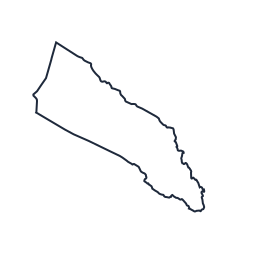 Hilmand, Equal Earth projection, rotated 112°
{"feature_id": "AFG-1750", "entity_name": "Hilmand", "entity_type": "Province", "adm_level": 1, "iso_a3": "AFG", "parent_name": "Afghanistan", "parent_adm1": "", "projection": "equal_earth", "projection_center": [64.341, 31.376], "detail": "fine", "context": "isolated", "style": "outline", "palette": "slate", "viewbox_px": 256, "rotation_deg": 112, "n_neighbors": 0, "source": "natural_earth", "source_scale": "10m", "svg_char_len": 5324}
<svg xmlns="http://www.w3.org/2000/svg" viewBox="0 0 256 256"><g transform="rotate(112 128 128)"><path d="M148.1,219.0L147.3,219.0L137.0,222.5L135.6,223.3L134.7,224.7L133.4,227.8L132.3,228.3L128.0,226.1L120.9,224.6L112.5,222.7L106.7,223.3L104.8,223.5L103.0,223.7L101.1,223.9L99.2,224.1L97.3,224.3L95.5,224.5L93.6,224.7L91.7,225.0L89.8,225.2L88.0,225.4L86.1,225.6L84.2,225.8L82.3,226.0L80.5,226.2L78.6,226.4L76.7,226.6L75.6,226.7L80.3,201.8L80.4,199.6L80.2,197.2L80.2,196.8L80.4,196.3L81.4,194.7L81.6,194.1L81.8,193.4L82.1,189.7L82.0,187.2L82.1,186.7L82.4,186.3L82.6,186.1L82.9,186.0L83.2,185.9L83.6,185.8L84.0,185.7L85.3,184.8L86.8,183.1L88.0,181.4L89.6,178.5L90.5,176.4L91.1,174.9L91.5,173.9L92.0,173.2L94.0,171.5L94.6,170.8L94.8,170.2L94.8,169.7L94.7,169.3L94.6,168.9L94.4,168.6L93.8,167.8L93.6,167.4L93.5,167.1L93.4,166.2L94.3,164.6L94.4,164.4L94.3,164.1L93.8,163.7L93.5,163.5L93.3,162.9L93.3,162.5L93.5,162.1L93.9,161.7L95.2,159.7L95.5,159.3L95.9,158.9L96.6,158.5L96.9,158.2L97.1,157.9L97.1,157.4L96.7,154.9L96.7,151.5L96.6,149.6L97.1,149.0L98.6,148.2L99.1,147.8L99.7,147.1L100.1,146.6L100.4,145.6L102.0,142.2L102.3,141.7L102.7,141.4L103.5,141.0L104.2,140.1L104.3,139.3L104.3,138.8L104.5,134.4L104.5,133.8L104.4,133.4L104.2,133.1L103.8,132.3L103.2,130.4L103.3,129.6L104.2,128.4L104.6,127.5L104.7,122.2L106.8,105.8L107.6,103.0L109.2,101.6L109.6,101.1L110.2,100.1L111.6,96.9L111.8,96.2L111.8,95.6L111.6,94.5L111.6,94.1L111.7,93.8L112.2,93.2L112.8,92.4L112.9,92.0L112.9,91.7L112.4,91.1L112.3,90.9L112.3,90.6L112.3,90.4L112.2,90.1L112.1,89.9L111.8,89.3L111.8,89.2L111.8,88.9L111.8,88.5L111.6,87.7L111.5,86.0L112.4,85.1L115.3,83.5L116.0,83.1L116.4,82.6L118.5,80.2L118.9,80.0L119.2,79.9L119.4,79.9L120.3,79.6L120.6,79.5L120.9,79.5L122.1,79.9L122.7,79.8L122.9,79.7L123.0,79.4L123.0,79.0L123.1,78.7L123.2,78.4L123.4,78.2L126.1,75.7L126.4,75.5L126.6,75.5L126.9,75.9L127.2,76.0L127.4,75.9L127.6,75.7L127.8,75.3L128.1,74.9L128.6,74.4L129.2,74.0L129.7,73.7L130.0,73.4L130.1,73.0L130.1,72.6L129.9,72.1L129.8,71.6L129.6,71.3L129.3,70.8L129.2,70.6L129.1,70.4L129.1,69.2L129.1,68.2L129.2,67.9L129.4,67.7L129.7,67.3L130.0,67.2L130.3,67.1L130.4,67.3L130.5,67.6L130.5,67.8L130.6,68.0L130.9,68.1L131.3,68.0L134.0,67.4L135.9,67.3L136.3,67.2L137.5,66.3L139.3,65.4L139.9,64.8L140.3,64.4L140.2,64.1L140.2,63.8L140.3,63.5L140.5,63.0L140.5,62.7L140.3,62.4L139.6,61.9L139.0,61.7L138.9,61.6L138.8,61.3L138.9,60.7L139.3,59.9L139.9,59.2L141.4,57.9L141.8,57.5L142.0,57.2L141.9,57.0L141.9,56.8L141.9,56.6L142.1,56.3L142.7,55.3L143.3,54.6L143.7,53.9L144.1,53.5L144.5,53.2L144.8,53.0L145.7,52.9L150.6,50.7L150.8,50.5L151.0,50.2L151.0,49.9L150.8,49.7L150.6,49.6L149.7,49.1L149.6,48.9L149.6,48.7L149.8,48.3L150.2,47.4L150.5,46.8L150.7,46.4L150.8,46.1L150.7,46.0L150.7,45.9L150.4,45.6L150.4,45.4L150.6,44.9L151.0,44.4L151.7,43.6L152.0,43.1L152.3,42.6L152.7,42.2L156.1,39.3L155.5,38.9L155.5,38.7L155.4,38.3L155.4,37.6L155.5,37.2L155.7,36.9L156.9,35.7L157.0,35.5L157.0,35.4L156.9,35.2L156.7,35.1L156.5,34.6L158.1,33.6L158.6,33.6L158.7,33.8L158.8,34.1L158.9,35.3L159.0,35.5L159.7,35.8L159.9,35.8L160.2,35.7L160.4,35.6L160.7,35.5L160.9,35.2L162.2,33.7L162.7,33.2L162.9,33.1L163.2,33.1L163.4,33.3L163.7,33.5L164.4,33.7L164.7,33.6L165.0,33.5L165.4,33.1L166.4,32.3L166.5,32.2L169.9,30.3L170.1,30.1L170.5,29.6L171.1,29.0L172.7,27.8L173.2,27.7L173.6,27.7L175.0,27.8L175.8,28.8L176.5,29.2L177.7,29.4L177.9,29.5L178.0,29.7L178.0,29.9L177.9,30.2L177.8,30.4L177.8,30.6L177.9,31.1L178.8,32.8L179.1,33.4L179.5,33.8L180.0,34.2L180.2,34.6L180.4,34.9L180.4,35.8L180.3,36.2L180.3,36.5L180.2,36.8L180.1,37.0L180.1,37.6L180.1,37.9L180.0,38.5L179.9,38.7L179.9,39.2L179.9,39.6L179.8,39.9L179.8,40.3L179.9,40.6L179.9,41.3L179.2,41.2L179.0,41.3L178.7,41.6L177.9,42.5L177.6,42.8L177.6,43.0L177.7,43.4L177.7,43.6L177.7,43.9L177.7,44.1L177.5,44.6L176.9,45.3L176.4,45.7L176.0,46.4L173.8,50.9L173.8,51.1L173.8,51.3L173.8,51.5L174.1,51.8L174.4,52.0L174.5,52.1L174.6,52.3L174.7,52.5L174.8,53.0L174.7,53.5L174.3,55.5L174.3,55.9L174.3,56.1L174.4,56.3L174.5,56.5L174.6,57.0L174.7,57.3L174.2,60.0L173.5,61.7L173.6,61.8L173.7,62.0L174.0,62.0L174.3,62.2L174.6,62.5L174.8,62.5L175.0,62.5L175.5,62.4L175.8,62.4L175.9,62.6L176.1,63.0L176.3,63.2L176.4,63.3L176.6,63.4L177.0,63.6L177.2,64.1L177.6,66.4L177.9,67.3L177.9,68.0L177.9,68.4L177.6,69.0L177.0,69.8L176.8,70.1L176.8,70.4L176.8,70.6L176.9,70.8L177.0,71.2L177.1,71.7L177.2,72.8L177.2,73.4L177.2,73.9L177.1,74.6L177.0,74.9L176.9,75.2L176.5,75.8L176.2,77.0L175.8,79.8L175.2,82.3L175.2,82.6L175.1,82.8L174.9,82.9L174.3,83.3L173.2,84.4L173.0,85.1L173.0,85.4L172.9,85.8L172.6,86.7L172.6,86.9L172.6,87.5L172.3,87.9L172.0,88.1L171.9,88.2L171.8,88.4L171.9,88.5L172.0,88.7L172.2,88.8L172.2,89.1L172.1,89.5L171.8,90.2L171.3,92.5L171.1,93.0L170.8,93.1L170.2,93.2L169.5,93.2L169.1,93.1L168.8,93.0L168.2,92.5L167.9,92.4L167.3,92.3L167.0,92.4L166.6,92.6L166.0,93.2L165.3,93.6L165.1,93.7L164.9,93.8L164.7,94.0L164.5,94.3L164.2,94.9L163.9,95.8L163.9,97.5L163.6,99.3L163.4,99.8L162.8,100.5L161.1,102.3L160.8,102.7L160.2,103.3L160.1,103.5L159.9,104.1L159.2,108.3L159.1,108.9L159.2,109.2L159.6,109.6L159.9,109.9L160.1,110.0L160.2,110.3L159.9,110.9L159.3,115.4L159.2,115.6L158.7,117.2L157.5,122.1L157.0,125.0L156.5,132.8L156.4,134.5L154.7,159.6L154.2,176.0L153.1,185.8L148.1,218.7L148.1,218.9L148.1,219.0Z" fill="none" stroke="#1e293b" stroke-width="2"/></g></svg>